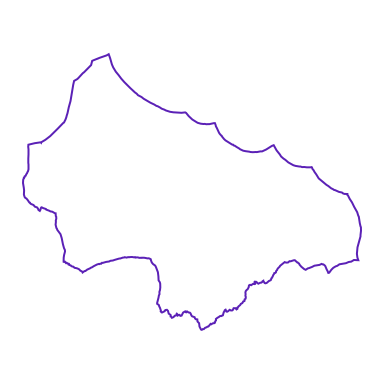 the district of Medina Yoroufoula, Kolda, Senegal
{"feature_id": "50182788B71056203552440", "entity_name": "Medina Yoroufoula", "entity_type": "district", "adm_level": 2, "iso_a3": "SEN", "parent_name": "Senegal", "parent_adm1": "Kolda", "projection": "natural_earth1", "projection_center": [-14.81, 13.235], "detail": "fine", "context": "isolated", "style": "outline", "palette": "violet", "viewbox_px": 384, "rotation_deg": 0, "n_neighbors": 0, "source": "geoboundaries", "source_scale": "gbopen_adm2", "svg_char_len": 5952}
<svg xmlns="http://www.w3.org/2000/svg" viewBox="0 0 384 384"><path d="M63.7,262.6L64.2,261.5L64.9,261.6L65.9,263.0L66.4,262.7L66.9,262.9L67.3,263.5L68.5,263.7L68.6,264.3L69.1,264.2L69.4,265.0L70.7,265.4L71.4,266.1L72.2,266.5L73.4,266.7L74.4,267.7L75.2,268.0L75.8,268.0L77.5,268.5L79.1,269.3L80.3,270.6L82.2,271.6L82.6,272.5L84.5,271.1L85.4,271.0L87.2,269.6L90.1,268.3L90.7,267.8L92.0,267.3L93.7,266.2L97.0,264.5L99.0,263.9L99.5,264.1L100.6,263.6L101.2,263.7L102.0,262.8L102.7,262.9L106.2,261.9L109.1,261.5L110.4,260.8L112.9,260.5L114.6,259.9L119.4,258.5L120.2,258.5L122.9,257.6L124.2,257.5L124.7,257.2L126.6,257.6L128.2,257.1L129.0,257.3L129.7,257.1L132.1,257.0L134.4,257.4L135.0,257.1L135.8,257.6L136.2,257.4L137.9,257.4L138.7,257.7L140.0,257.9L141.2,257.7L141.8,257.9L142.5,257.7L144.6,257.8L147.5,258.4L148.8,258.3L150.2,258.9L150.8,259.3L150.9,260.2L151.8,262.5L153.1,264.1L155.2,265.6L156.0,267.2L157.9,272.2L158.4,276.4L158.6,280.4L159.8,282.2L160.2,283.6L160.3,287.4L160.0,290.0L159.4,291.9L159.5,294.2L158.9,295.4L158.5,297.7L157.1,303.1L157.2,303.9L158.6,304.8L158.9,305.2L159.2,306.3L160.0,307.9L160.9,310.7L160.7,311.4L161.6,312.4L162.0,312.5L164.7,311.2L164.9,310.5L165.6,310.0L166.9,309.8L168.0,310.9L168.7,313.6L170.5,314.9L170.7,315.2L170.6,316.4L171.0,316.5L171.9,317.8L173.5,317.1L174.8,315.7L176.0,315.5L176.5,315.2L176.5,314.1L176.8,313.7L177.2,314.1L177.8,315.5L178.5,315.0L179.2,314.8L179.8,315.1L180.1,315.7L180.5,315.9L181.6,315.6L183.1,312.6L184.7,311.6L185.3,311.4L185.8,312.2L186.2,312.3L186.6,311.7L187.0,311.4L188.4,312.4L189.9,312.7L190.5,313.3L191.5,315.6L192.1,316.3L194.6,317.2L195.0,318.4L195.8,319.2L197.3,319.4L197.5,321.5L199.1,323.2L199.5,326.6L201.0,329.5L201.4,329.8L202.1,329.7L202.7,329.1L203.8,329.1L205.1,327.8L206.6,327.3L207.5,326.6L208.4,326.5L210.5,324.0L210.8,324.3L211.3,324.3L212.6,323.4L214.5,323.1L214.6,322.4L215.0,322.3L215.3,321.2L216.0,320.4L215.9,319.0L217.4,317.8L219.0,316.9L219.8,316.2L221.2,315.9L221.6,316.0L222.0,315.6L222.9,315.3L223.7,312.3L224.2,311.6L224.8,310.2L225.6,309.7L226.5,311.6L227.1,311.7L228.1,311.2L229.7,309.8L231.0,310.5L232.3,310.4L232.8,310.0L233.6,308.2L235.9,308.2L235.9,308.7L236.5,309.4L237.4,308.8L237.6,307.4L238.2,307.0L238.5,306.4L239.9,305.3L240.4,304.7L240.8,303.9L242.3,303.1L243.3,301.4L244.4,301.1L244.6,300.4L244.6,299.4L245.5,298.8L245.7,298.2L245.8,296.9L245.4,295.8L245.6,294.2L245.4,292.5L245.7,291.2L246.7,289.9L247.6,289.3L248.7,287.2L248.9,285.7L249.2,285.2L250.1,284.8L251.1,285.2L253.0,283.9L254.5,284.1L255.1,283.9L255.2,283.3L254.5,282.4L254.5,282.0L254.7,281.7L255.0,281.7L256.1,281.8L256.3,282.1L256.9,282.4L256.9,282.6L258.3,283.7L260.3,282.7L261.4,282.6L262.2,282.0L262.5,281.3L263.3,280.8L263.4,281.4L264.1,282.1L264.6,283.0L265.4,283.3L266.6,283.0L268.9,281.0L270.7,280.2L271.1,279.5L271.3,278.4L272.2,277.6L272.4,276.8L272.7,276.4L273.4,274.8L274.2,273.7L274.3,273.1L275.3,272.9L275.9,272.4L275.9,271.8L276.3,270.8L277.1,270.0L277.3,269.3L277.9,268.4L279.7,266.6L280.1,265.8L284.7,262.1L285.3,262.4L286.4,262.6L288.0,262.5L289.5,261.2L290.6,261.3L293.7,260.3L294.8,260.2L297.2,262.4L297.6,262.4L298.2,263.0L299.1,263.6L299.5,264.6L301.3,266.7L304.2,269.1L305.7,269.8L307.8,268.4L309.0,268.1L312.1,266.9L314.4,265.7L319.5,264.9L321.6,263.9L322.7,264.4L323.4,264.4L324.7,265.4L325.3,266.1L326.7,269.5L327.4,270.7L328.3,272.9L329.2,272.7L331.4,269.7L333.3,267.8L335.6,266.4L337.3,265.8L339.4,264.3L345.9,263.2L348.7,262.0L351.3,261.6L353.9,260.0L358.3,260.2L357.4,257.5L356.9,253.8L357.5,247.3L360.5,236.4L360.5,235.1L361.0,230.8L360.9,227.2L360.5,226.3L359.8,223.2L358.8,216.7L358.2,215.5L357.2,212.2L354.2,206.9L352.0,202.4L349.7,198.9L347.9,195.3L347.2,194.7L347.3,194.0L344.3,193.9L342.8,193.3L342.6,193.0L341.9,192.5L339.0,191.9L335.0,190.1L334.2,190.0L332.7,189.0L331.3,188.4L328.3,186.0L326.5,184.9L318.7,178.4L316.2,174.3L314.6,172.1L313.5,170.1L312.5,169.0L311.9,167.3L311.4,167.1L310.7,167.3L306.6,167.3L304.2,167.0L302.1,167.1L300.4,166.5L299.2,166.5L295.5,165.9L293.3,165.2L288.3,162.4L285.3,159.8L283.5,158.6L281.1,156.5L279.8,154.4L276.6,150.4L273.7,145.2L271.9,145.9L266.2,149.5L262.1,151.4L260.4,151.4L256.8,152.1L255.9,152.0L252.8,152.2L250.4,152.0L249.4,151.7L245.7,151.2L243.2,150.7L240.0,149.2L239.2,148.5L236.8,147.1L234.7,145.7L233.6,145.4L233.1,144.7L232.2,144.6L230.9,143.8L225.5,140.4L224.0,139.0L222.0,136.5L221.7,135.8L221.4,135.7L219.7,133.8L219.0,132.7L216.8,127.9L215.9,126.3L215.7,125.2L214.9,123.1L214.1,123.1L209.6,124.1L206.2,124.2L204.8,123.9L203.5,124.0L200.8,123.7L197.6,122.8L192.3,119.5L188.7,116.1L186.1,112.9L185.2,112.4L181.5,112.8L173.4,112.3L170.1,111.8L165.7,110.4L164.5,109.7L161.5,108.6L160.5,107.8L157.6,106.2L156.4,105.9L154.4,104.6L150.4,102.7L143.6,98.7L141.5,97.0L138.0,95.2L136.7,93.7L134.9,92.4L130.3,88.1L124.4,82.2L121.3,78.7L118.6,75.1L115.8,71.7L113.2,67.4L111.9,64.4L110.1,58.1L108.7,54.2L106.6,55.4L99.4,57.9L92.2,60.8L91.1,65.1L84.0,72.3L82.8,73.2L78.3,78.1L77.4,79.0L74.1,80.9L73.2,84.9L70.5,101.1L68.8,107.2L67.5,113.2L66.7,115.7L66.3,117.3L65.5,119.5L64.0,122.5L63.2,123.0L57.6,128.8L50.2,136.1L45.4,139.8L41.2,142.3L41.1,142.7L40.7,142.3L34.7,143.2L28.4,144.7L28.2,146.8L28.5,149.3L28.5,154.5L28.3,158.6L28.3,162.9L28.5,164.5L28.5,169.3L28.0,171.2L27.3,172.4L27.0,173.3L26.3,174.2L25.6,175.8L24.7,176.3L24.5,177.3L23.9,177.6L24.0,178.3L23.5,178.9L23.2,179.7L23.0,183.0L23.8,187.8L24.1,190.5L23.9,194.5L24.1,195.3L24.6,196.9L25.1,197.7L26.5,198.6L28.2,200.7L28.6,201.5L29.5,202.6L30.0,202.7L30.2,203.3L30.9,203.9L33.5,205.0L34.8,206.6L37.2,207.5L38.1,208.9L38.5,210.0L39.8,210.9L40.4,209.8L40.8,208.3L41.2,207.5L41.7,207.3L42.9,208.0L45.9,209.0L46.2,209.6L49.4,210.8L50.4,211.4L52.3,211.7L55.0,213.3L55.6,213.3L55.8,216.0L56.2,216.7L56.3,218.7L55.8,220.5L55.9,221.9L55.6,224.7L56.4,228.0L57.0,228.9L57.3,229.9L60.5,234.2L61.7,238.1L62.9,244.1L64.0,248.1L64.9,250.0L65.0,251.6L64.1,255.0L63.7,257.6L63.6,261.3L63.7,262.6Z" fill="none" stroke="#5b21b6" stroke-width="2"/></svg>